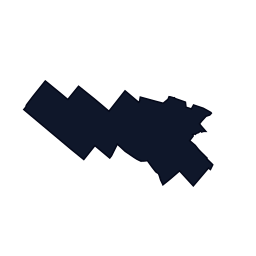 outline of Uda-Clocociov, Teleorman, Romania, rotated 238°
{"feature_id": "2599482B85467448595775", "entity_name": "Uda-Clocociov", "entity_type": "district", "adm_level": 2, "iso_a3": "ROU", "parent_name": "Romania", "parent_adm1": "Teleorman", "projection": "equal_earth", "projection_center": [24.718, 43.898], "detail": "fine", "context": "isolated", "style": "filled", "palette": "ink", "viewbox_px": 256, "rotation_deg": 238, "n_neighbors": 0, "source": "geoboundaries", "source_scale": "gbopen_adm2", "svg_char_len": 1452}
<svg xmlns="http://www.w3.org/2000/svg" viewBox="0 0 256 256"><g transform="rotate(238 128 128)"><path d="M96.4,206.6L97.3,206.5L99.9,205.1L104.9,202.3L112.8,195.8L112.2,194.8L110.6,191.8L111.3,191.3L114.9,188.2L119.5,190.4L124.4,186.5L128.0,183.6L129.1,183.4L129.2,182.9L129.4,182.7L130.9,181.4L131.9,180.5L132.8,179.4L131.3,177.4L131.1,176.7L130.6,172.9L130.6,172.7L130.3,171.0L130.4,170.9L135.7,165.9L147.7,154.8L145.7,153.0L145.2,152.7L144.6,151.8L144.1,150.7L144.3,150.6L161.1,145.2L161.0,144.9L152.3,120.7L161.5,117.8L170.7,114.8L189.6,108.2L189.4,107.6L184.1,92.1L184.5,91.9L193.1,89.1L211.7,82.8L211.6,82.4L209.5,76.5L205.8,65.9L205.2,64.2L201.9,55.5L201.2,53.9L200.7,53.3L200.0,52.6L199.6,51.6L198.9,49.4L140.2,68.5L124.7,73.8L129.2,86.5L130.6,90.6L112.2,96.6L113.2,99.3L120.0,110.4L115.4,111.7L109.8,113.2L99.8,117.6L96.9,119.0L95.1,120.1L93.2,121.3L93.4,121.5L92.8,121.9L92.0,123.2L91.2,124.7L90.0,127.2L82.3,127.7L76.4,128.3L75.4,128.6L73.4,129.6L72.0,129.5L69.8,129.0L68.1,128.5L66.4,128.1L61.9,127.6L61.3,127.5L62.5,137.3L64.3,149.0L57.9,150.2L44.3,152.7L51.4,175.0L49.1,175.9L51.9,180.4L53.5,180.1L60.3,178.4L60.6,179.1L69.0,177.1L72.4,176.4L77.7,175.8L84.6,173.6L86.7,179.1L88.2,179.3L87.5,181.6L87.0,181.7L87.2,183.1L87.0,184.3L86.7,185.4L87.1,187.5L86.9,187.9L85.6,188.2L85.0,190.5L83.9,192.2L90.4,191.2L93.6,190.8L94.8,194.0L96.6,200.4L95.7,204.2L96.0,205.4L96.4,206.6Z" fill="#0f172a" stroke="#020617" stroke-width="1.5"/></g></svg>